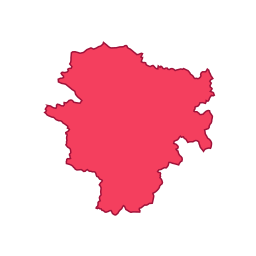 outline of Lipis, Pahang, Malaysia, rotated 294°
{"feature_id": "92858781B59638700004022", "entity_name": "Lipis", "entity_type": "district", "adm_level": 2, "iso_a3": "MYS", "parent_name": "Malaysia", "parent_adm1": "Pahang", "projection": "albers", "projection_center": [101.906, 4.344], "detail": "fine", "context": "isolated", "style": "filled", "palette": "rose", "viewbox_px": 256, "rotation_deg": 294, "n_neighbors": 0, "source": "geoboundaries", "source_scale": "gbopen_adm2", "svg_char_len": 5650}
<svg xmlns="http://www.w3.org/2000/svg" viewBox="0 0 256 256"><g transform="rotate(294 128 128)"><path d="M70.5,86.2L71.0,89.5L71.0,91.6L70.6,93.2L70.0,94.2L69.6,95.6L68.9,96.6L68.9,98.4L70.2,100.8L71.0,102.3L70.7,103.7L70.3,105.2L71.1,106.5L72.6,107.1L73.5,107.9L72.9,109.3L72.9,110.7L73.4,111.7L73.4,112.6L73.5,113.4L74.3,114.9L74.2,116.1L73.4,117.1L72.2,118.0L71.1,119.2L71.2,120.7L69.8,122.8L69.9,124.4L69.7,125.8L68.2,125.9L67.1,125.3L64.4,124.9L64.0,125.9L62.6,127.6L61.5,128.1L60.2,128.5L58.6,129.0L57.3,129.8L56.0,130.6L54.1,130.1L52.7,130.2L51.4,131.1L50.2,132.2L49.3,131.4L47.9,130.9L46.0,131.7L44.4,132.1L42.9,131.4L41.9,131.4L41.9,132.8L43.0,133.6L42.9,134.4L42.7,135.1L43.0,135.9L43.2,136.3L42.6,137.1L42.2,137.8L42.5,138.5L42.5,139.3L41.9,140.9L42.1,142.1L43.9,144.1L45.0,144.8L45.7,146.1L44.8,147.3L43.6,148.6L43.2,150.9L43.6,152.2L45.9,153.4L48.0,153.6L50.0,154.2L51.8,155.1L53.6,155.1L55.2,155.4L55.0,156.7L53.8,158.1L52.7,159.2L52.5,161.2L52.2,162.9L52.2,164.9L53.4,166.7L56.0,172.9L57.2,172.6L58.3,171.3L59.3,171.1L60.4,172.4L63.8,174.2L64.5,174.6L64.8,175.8L65.8,177.0L67.8,178.2L68.4,179.5L69.2,180.8L74.5,179.7L75.8,179.4L76.8,178.9L77.6,178.0L78.5,177.3L79.8,178.4L81.3,179.3L82.9,180.0L85.1,180.7L86.7,180.8L87.9,180.5L89.4,181.0L90.9,181.8L92.3,181.6L94.1,180.1L95.0,178.8L95.6,177.4L97.1,177.4L97.8,176.6L99.7,176.3L100.3,175.4L99.8,173.9L100.3,172.7L102.3,173.2L103.7,175.2L104.7,175.8L106.5,177.3L107.1,179.1L108.7,179.7L110.4,179.9L111.5,179.7L112.5,179.4L113.2,179.4L113.8,180.9L113.9,183.0L114.4,185.6L114.9,189.3L116.6,189.3L118.7,189.8L119.7,190.7L121.4,190.3L122.7,189.5L123.5,188.0L123.9,186.5L124.8,185.1L125.9,184.0L127.3,183.0L127.3,181.8L128.2,180.5L129.4,181.7L131.1,181.6L131.9,180.7L132.7,178.6L132.6,177.3L132.5,176.0L134.7,175.6L136.1,176.8L137.3,178.0L139.1,178.6L140.3,178.6L141.8,179.2L141.3,180.5L142.5,182.2L141.5,183.5L141.2,185.6L140.2,187.1L139.2,188.5L140.3,189.7L141.1,191.2L141.8,192.9L143.3,194.0L144.1,194.9L144.5,196.3L144.1,198.3L142.6,199.3L141.5,200.4L140.0,201.7L139.1,203.2L138.2,205.1L137.4,206.5L138.6,206.6L140.2,207.2L141.3,208.3L142.7,210.1L143.0,211.6L144.3,211.6L146.5,211.1L148.3,210.4L149.6,209.1L150.7,207.1L151.1,204.9L152.8,202.8L153.3,202.0L154.3,200.8L155.7,200.0L157.4,198.7L159.0,200.4L160.1,201.6L161.5,201.9L162.8,201.4L163.8,201.4L164.9,201.4L166.3,201.9L167.8,201.8L169.7,201.2L171.7,200.8L173.1,200.3L174.2,198.7L175.5,196.5L176.9,195.5L176.6,194.1L175.3,192.7L173.7,191.9L172.6,191.4L171.5,191.2L170.3,189.8L169.6,188.4L169.8,187.6L170.4,186.5L170.5,185.5L170.9,184.5L170.6,183.6L170.1,182.5L170.1,181.5L171.4,181.1L172.2,181.4L173.4,181.2L174.2,180.7L175.1,181.2L175.6,182.1L176.8,183.2L178.7,183.6L180.3,183.5L181.5,185.8L181.7,186.7L182.0,188.7L183.7,188.7L184.9,188.3L184.8,189.5L185.4,190.4L186.8,190.5L188.2,190.4L189.3,190.4L190.3,190.7L191.7,190.9L191.8,191.8L192.2,192.9L193.1,193.5L193.8,192.7L194.8,191.9L195.1,190.9L195.0,189.7L194.9,188.3L195.9,188.5L198.0,188.9L198.6,188.0L198.7,186.8L200.0,185.6L200.4,185.7L202.9,185.8L203.4,184.7L203.9,183.7L205.8,184.0L207.7,185.4L209.1,183.2L209.3,182.7L210.8,181.2L212.0,179.6L213.6,178.3L214.1,176.5L212.7,176.4L211.0,176.1L210.4,174.9L209.7,173.3L208.4,172.5L206.6,172.5L205.3,173.4L203.9,173.4L202.2,172.7L201.4,171.5L201.2,170.1L200.4,169.1L200.7,167.8L201.7,166.6L202.2,165.3L202.6,163.2L203.3,162.4L204.1,161.0L204.8,159.5L204.8,158.0L204.9,154.6L203.8,154.0L203.4,152.2L202.3,150.8L200.7,148.7L199.7,147.7L200.3,145.7L200.2,144.1L199.6,143.0L198.4,142.2L197.9,140.8L198.7,139.4L198.1,138.1L197.0,137.4L196.6,135.7L197.7,134.0L197.8,132.9L196.6,132.6L196.6,131.9L197.0,130.4L195.3,130.8L194.2,131.2L193.8,129.9L194.0,128.5L194.8,127.0L195.3,125.4L194.3,124.2L193.3,123.5L193.0,122.5L193.0,120.4L193.2,118.9L194.7,117.6L194.6,116.6L193.9,115.2L194.0,113.2L196.0,112.8L197.1,112.9L198.3,112.6L198.0,112.1L198.1,110.9L200.1,111.0L201.8,111.0L201.7,109.9L200.8,108.9L199.4,107.6L198.6,106.0L199.3,104.5L199.4,103.5L200.1,101.2L200.5,99.8L201.0,98.0L201.0,96.2L201.3,94.8L202.4,93.8L202.6,92.8L201.9,91.7L200.7,91.0L199.9,89.9L198.8,87.6L196.5,84.6L194.3,80.1L194.1,78.8L194.4,77.0L195.2,74.6L196.2,70.8L194.4,71.0L191.7,69.7L190.4,68.1L188.1,66.5L186.1,64.5L186.1,61.6L182.9,58.6L178.9,56.6L176.8,53.8L176.6,51.6L176.1,48.6L175.0,46.4L173.6,45.7L171.8,46.4L169.1,47.3L166.6,48.4L164.8,48.9L162.8,48.7L162.1,50.2L161.2,51.8L159.4,51.8L158.5,50.0L157.2,49.1L156.2,50.2L154.4,49.6L152.9,47.7L152.2,45.2L150.8,44.6L149.7,46.2L149.2,47.9L147.9,48.6L146.7,47.5L146.0,46.1L144.2,44.4L141.8,45.7L141.8,49.3L142.4,51.8L142.6,53.4L142.0,55.6L140.9,59.7L140.4,61.3L140.2,62.9L139.9,64.5L138.8,65.4L137.4,66.5L136.3,68.6L135.7,70.1L135.2,72.2L134.3,74.7L131.1,74.0L130.7,72.8L130.0,70.3L129.5,68.1L130.5,66.0L130.4,64.5L129.1,62.9L127.5,62.4L125.9,61.5L125.3,59.3L124.6,59.5L123.4,60.4L121.9,60.0L121.2,58.1L121.4,55.7L121.0,53.8L119.8,53.4L118.4,54.1L116.7,54.1L116.2,52.0L116.2,50.5L116.6,48.4L115.8,45.1L115.5,45.8L114.2,45.2L111.6,44.8L111.4,45.0L111.0,46.3L109.5,46.3L108.3,45.6L108.0,47.0L107.1,48.6L106.9,50.3L107.0,54.1L107.5,55.6L107.2,56.8L106.7,58.0L106.4,58.9L106.4,60.3L106.5,61.9L107.2,63.4L107.0,65.1L106.2,66.5L106.0,68.2L105.7,69.9L105.4,70.9L105.2,72.1L104.2,72.8L103.3,72.7L103.2,74.3L102.8,75.1L100.8,74.6L98.5,73.0L97.4,73.7L97.7,74.5L96.8,75.3L95.4,75.5L93.8,76.0L91.7,77.3L90.4,77.4L89.4,78.0L88.2,78.3L87.4,78.1L86.9,78.8L86.5,79.7L86.0,80.7L85.7,83.0L85.1,84.0L84.1,84.7L82.4,85.7L81.5,85.7L80.4,85.2L79.5,85.5L79.0,86.3L77.7,87.0L76.8,87.9L76.2,87.2L75.8,86.3L75.5,85.4L74.4,84.8L73.7,85.1L72.7,85.3L71.9,85.4L71.3,85.9L70.5,86.2Z" fill="#f43f5e" stroke="#9f1239" stroke-width="1.5"/></g></svg>